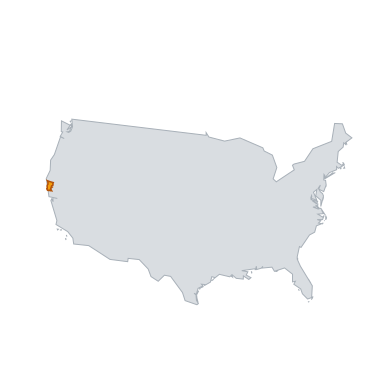 location of Mendocino, California, United States of America, rotated 16°
{"feature_id": "52423323B12422674135738", "entity_name": "Mendocino", "entity_type": "district", "adm_level": 2, "iso_a3": "USA", "parent_name": "United States of America", "parent_adm1": "California", "projection": "albers", "projection_center": [-123.414, 39.38], "detail": "fine", "context": "in_parent", "style": "filled", "palette": "amber", "viewbox_px": 384, "rotation_deg": 16, "n_neighbors": 0, "source": "geoboundaries", "source_scale": "gbopen_adm2", "svg_char_len": 4868}
<svg xmlns="http://www.w3.org/2000/svg" viewBox="0 0 384 384"><g transform="rotate(16 192 192)"><path d="M296.3,117.1L312.3,104.8L310.2,86.8L317.8,85.0L323.5,93.0L330.8,95.9L325.9,102.3L326.6,104.0L324.3,102.9L324.9,107.2L321.4,112.8L323.3,123.4L328.5,125.0L330.1,123.3L328.6,122.1L329.7,122.4L331.0,124.0L326.1,128.9L323.9,127.7L324.9,130.7L318.8,135.4L315.8,141.9L315.2,139.6L314.0,138.7L315.3,144.1L317.2,144.0L319.0,148.2L318.5,155.3L313.1,154.3L313.5,149.9L312.3,153.5L315.3,156.4L317.9,157.5L319.5,159.6L319.8,170.4L318.2,164.4L312.0,161.6L311.3,155.1L308.8,158.7L314.3,165.6L309.6,165.2L308.6,166.1L308.3,163.1L307.9,162.4L307.8,164.9L308.6,166.5L315.4,166.6L315.0,168.6L311.2,167.2L310.1,167.3L314.7,168.9L316.3,168.8L316.7,171.1L314.3,170.5L318.3,172.0L318.0,172.8L316.0,172.0L312.4,173.1L317.9,173.6L320.3,172.1L326.7,177.6L321.5,173.5L324.2,176.6L319.0,178.6L324.4,180.1L325.5,178.2L325.1,182.5L320.0,184.0L323.7,184.1L322.1,187.0L325.6,186.6L320.9,190.2L321.0,196.8L316.8,200.9L312.1,215.2L310.3,214.8L311.0,225.3L311.7,227.6L316.6,233.4L333.5,249.0L336.1,260.5L332.6,263.0L326.2,259.4L323.2,255.2L315.3,252.6L316.0,249.3L313.4,250.7L311.3,243.3L301.9,239.5L293.1,245.5L289.6,242.2L280.1,245.9L280.6,243.9L279.6,246.1L275.6,248.7L274.3,245.6L274.4,248.1L261.5,253.9L267.7,253.3L267.0,256.9L272.3,258.1L270.7,260.4L264.5,258.5L265.3,261.6L258.3,262.8L253.2,260.4L251.7,263.1L241.0,263.6L236.7,269.6L237.8,268.0L234.4,267.9L234.5,273.6L229.5,278.7L230.6,277.3L226.5,278.0L228.4,279.3L224.4,282.9L224.3,289.1L221.9,288.8L224.2,289.8L226.1,294.9L228.9,297.5L227.8,299.0L215.3,298.3L210.6,291.3L194.7,279.0L188.4,279.6L184.1,287.1L175.9,284.6L171.1,278.1L159.9,271.5L148.9,273.4L149.4,276.7L131.7,279.4L107.5,272.0L92.6,274.6L90.2,269.2L83.4,264.3L70.2,260.7L70.0,256.7L58.7,239.1L59.0,237.3L61.2,239.6L59.7,235.7L64.3,235.3L55.8,235.9L48.2,219.2L49.7,210.3L47.3,200.3L49.4,193.9L50.4,175.3L54.4,175.8L50.0,174.9L51.2,169.9L49.7,170.0L46.9,159.6L56.5,161.4L54.7,166.8L57.8,162.9L57.6,167.5L55.3,168.6L57.0,168.8L58.7,166.9L59.2,162.3L56.4,155.1L190.0,133.6L189.2,131.0L193.1,134.5L209.3,134.1L223.2,126.8L247.9,130.0L250.1,132.7L259.1,134.4L266.8,145.1L266.4,157.0L270.2,159.0L284.2,142.5L281.2,138.6L282.4,137.0L291.7,131.5L296.3,117.1ZM321.9,136.0L324.4,133.8L316.0,142.7L322.3,134.3L321.9,136.0ZM57.3,159.6L58.6,162.4L58.5,162.9L56.7,160.7L57.3,159.6ZM228.4,296.7L225.6,292.6L224.9,289.9L226.0,292.6L228.4,296.7ZM326.8,102.2L327.6,103.4L326.9,103.5L326.8,102.2ZM253.8,261.7L254.5,262.7L253.1,262.2L253.8,261.7ZM75.5,265.0L76.9,264.3L77.0,264.5L75.5,265.0ZM73.8,264.6L73.3,265.5L72.7,264.8L73.8,264.6ZM328.8,127.4L328.6,128.7L328.2,128.7L328.8,127.4ZM225.1,287.3L224.8,289.6L225.7,285.0L225.1,287.3ZM328.1,243.8L331.4,246.9L327.7,243.5L328.1,243.8ZM83.4,268.3L84.1,269.4L83.3,268.4L83.4,268.3ZM337.0,260.7L336.4,262.6L337.1,259.0L337.0,260.7ZM328.5,179.8L328.2,181.9L327.1,177.9L328.5,179.8ZM55.9,157.2L55.9,158.0L55.4,157.6L55.9,157.2ZM228.7,280.1L226.8,281.7L228.7,279.8L228.7,280.1ZM331.7,126.0L332.2,127.0L331.3,127.3L331.7,126.0ZM83.5,271.5L84.1,272.9L83.3,271.7L83.5,271.5ZM226.5,282.7L225.8,283.5L226.3,282.4L226.5,282.7ZM319.9,161.5L319.9,164.1L319.7,160.6L319.9,161.5ZM236.4,270.7L235.2,272.0L236.8,269.9L236.4,270.7ZM311.7,226.2L312.3,227.9L311.6,226.9L311.7,226.2ZM326.2,186.6L326.0,187.1L326.5,185.3L326.2,186.6ZM296.4,243.6L295.2,245.1L294.4,245.2L296.4,243.6ZM274.8,248.6L274.7,249.0L273.7,249.4L274.8,248.6ZM321.5,256.3L322.3,257.3L321.1,256.2L321.5,256.3ZM271.6,252.6L271.8,253.8L270.9,251.9L271.6,252.6ZM334.6,265.3L333.8,265.8L334.9,264.9L334.6,265.3ZM319.2,149.0L319.2,150.3L319.1,148.5L319.2,149.0ZM327.4,182.7L327.1,183.4L327.4,182.7Z" fill="#d9dde1" stroke="#a8b0b8" stroke-width="1"/><path d="M56.1,221.2L52.6,221.2L49.9,221.0L50.1,221.2L50.2,221.3L50.3,221.5L50.5,221.9L50.5,222.0L50.9,222.3L50.9,222.6L51.0,222.7L51.0,222.9L51.0,223.0L51.2,223.4L51.2,223.6L51.3,223.8L51.2,224.0L51.4,224.3L51.3,224.6L51.2,224.8L51.1,225.1L51.0,225.4L51.0,225.6L51.0,225.8L51.1,226.0L51.1,226.3L51.2,226.5L51.3,226.7L51.3,226.9L51.3,227.0L51.5,227.2L51.5,227.4L51.6,227.5L51.8,228.0L51.8,228.3L51.7,228.4L51.7,228.6L51.5,228.8L51.6,229.0L51.8,229.2L51.9,229.4L52.0,229.4L52.0,229.5L52.3,229.7L52.3,229.8L52.6,230.1L52.9,230.1L53.2,230.1L53.6,230.1L53.6,229.9L55.0,229.8L54.9,229.6L55.3,229.6L56.8,229.5L56.7,229.4L56.4,229.4L56.3,229.2L56.2,229.1L55.9,228.9L55.9,228.5L55.8,228.4L55.6,228.4L55.4,228.3L55.4,228.1L55.2,227.9L55.2,227.7L55.2,227.4L55.3,227.4L55.3,227.1L55.5,227.1L55.6,226.8L55.6,226.7L55.8,226.5L55.7,226.5L55.7,226.4L55.6,226.1L55.5,225.9L55.5,225.7L55.4,225.7L55.4,225.4L55.3,225.1L55.4,224.7L55.6,224.6L56.1,224.6L56.3,224.5L56.4,224.1L56.4,223.9L56.3,223.2L56.2,223.2L56.2,222.9L56.1,222.5L56.0,222.3L55.9,222.2L56.0,222.1L56.0,221.8L56.0,221.7L56.1,221.3L56.1,221.2Z" fill="#f59e0b" stroke="#b45309" stroke-width="1.5"/></g></svg>